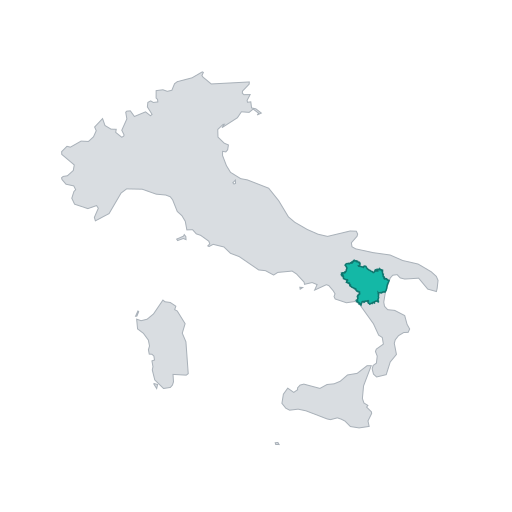 location of Basilicata, Matera, Italy, rotated 347°
{"feature_id": "23120603B59117294159851", "entity_name": "Basilicata", "entity_type": "district", "adm_level": 2, "iso_a3": "ITA", "parent_name": "Italy", "parent_adm1": "Matera", "projection": "natural_earth1", "projection_center": [16.009, 40.517], "detail": "fine", "context": "in_parent", "style": "filled", "palette": "teal", "viewbox_px": 512, "rotation_deg": 347, "n_neighbors": 0, "source": "geoboundaries", "source_scale": "gbopen_adm2", "svg_char_len": 9151}
<svg xmlns="http://www.w3.org/2000/svg" viewBox="0 0 512 512"><g transform="rotate(347 256 256)"><path d="M96.5,106.6L99.6,108.2L111.4,104.7L118.5,106.7L124.5,103.3L128.5,98.0L127.8,94.0L137.4,87.6L138.2,94.9L143.3,99.8L148.3,101.1L147.1,104.0L151.9,110.1L154.0,109.5L154.7,108.4L153.5,103.3L161.0,93.4L161.4,86.6L162.7,85.8L166.2,86.3L168.9,92.7L180.8,90.7L184.7,95.6L186.6,94.6L183.7,86.3L185.2,82.0L188.3,81.2L190.5,83.3L195.0,83.8L195.3,81.3L194.2,79.6L195.9,72.4L202.7,73.1L206.6,75.6L211.3,75.6L215.4,69.8L218.6,68.4L233.8,68.0L245.1,64.5L246.0,65.3L243.9,68.0L244.6,69.8L251.1,78.3L288.6,84.9L288.0,87.0L279.9,92.3L279.3,94.3L280.5,96.1L286.6,97.4L282.3,102.4L282.3,104.3L285.6,104.6L285.0,110.7L289.0,112.6L293.3,117.9L288.9,118.9L290.7,117.5L286.3,112.2L281.6,114.5L274.2,112.2L269.0,117.1L251.7,123.3L254.8,120.5L253.5,120.4L247.2,124.1L245.7,131.6L250.4,138.9L254.1,141.6L252.3,146.1L250.0,147.8L247.0,146.5L246.0,150.6L247.5,161.3L250.0,168.8L258.5,177.2L264.7,179.9L283.6,192.8L290.5,207.1L296.4,225.2L301.4,231.9L311.8,241.6L321.3,248.7L330.1,253.0L353.4,252.8L359.3,254.4L360.0,257.5L358.9,259.5L351.9,264.6L351.6,268.6L354.8,271.5L370.7,279.0L386.9,285.2L397.9,293.4L412.1,300.3L423.2,310.8L427.1,316.4L427.9,320.7L425.3,328.1L423.8,331.2L415.9,326.9L409.5,314.2L395.7,311.9L391.6,309.8L389.3,305.9L384.9,305.5L381.9,307.6L374.3,319.5L370.1,329.7L369.9,333.9L372.2,337.9L378.9,340.2L387.5,347.5L387.8,356.5L389.3,361.7L387.1,364.6L382.7,363.8L376.9,365.7L372.8,369.0L371.1,372.2L370.7,383.5L362.9,389.5L356.2,400.9L346.3,401.0L343.9,397.5L343.8,392.2L345.5,389.0L349.2,387.5L351.6,380.8L350.9,375.9L352.3,373.8L360.3,370.5L360.7,363.8L357.7,360.7L355.2,348.5L345.4,324.9L342.2,322.6L333.6,321.9L323.5,315.7L322.9,313.1L324.5,310.6L323.4,307.2L320.3,301.2L318.1,299.8L305.5,302.4L309.1,297.6L304.7,294.5L296.9,294.5L297.0,292.3L291.5,282.7L287.8,278.8L273.5,276.9L268.9,278.5L261.9,272.4L255.5,270.2L239.5,252.8L231.7,247.6L226.8,240.0L216.9,235.0L212.4,236.2L211.3,235.3L213.7,233.8L213.3,230.9L206.7,223.4L202.8,221.0L200.1,216.1L194.5,215.0L194.9,206.3L192.9,200.1L189.3,194.9L187.4,182.5L185.8,179.0L181.8,176.3L172.7,173.3L160.1,165.3L145.0,161.5L138.7,164.3L122.4,181.6L107.4,185.6L107.2,182.0L113.1,174.0L112.0,171.0L102.8,172.0L90.9,164.7L89.5,158.3L93.1,152.2L95.2,150.8L94.2,146.7L87.0,143.3L84.2,137.9L84.1,136.1L86.0,135.1L90.3,135.4L97.2,131.6L99.4,126.4L89.6,113.3L90.1,110.6L96.5,106.6ZM252.4,180.7L253.0,177.4L249.9,179.4L250.7,180.9L252.4,180.7ZM343.6,388.8L331.6,406.7L327.6,418.8L328.1,423.5L331.4,426.8L329.8,428.1L333.4,433.8L333.3,435.4L328.0,441.9L327.9,447.5L317.8,446.7L309.6,443.4L305.6,436.9L302.4,434.2L298.9,432.0L291.8,432.2L288.7,430.8L269.9,418.1L262.6,414.7L254.1,413.8L250.8,411.0L248.1,405.4L251.6,396.8L257.2,391.9L262.1,397.4L266.5,395.6L266.8,393.9L269.9,391.7L273.8,391.6L288.5,399.4L296.3,397.2L303.4,398.1L309.9,397.0L318.4,392.5L328.2,393.1L339.5,387.9L343.6,388.8ZM166.9,291.9L171.7,306.0L166.8,314.6L168.4,323.9L163.5,355.4L161.2,356.4L148.5,352.7L147.3,360.0L145.6,362.9L143.0,364.8L136.1,364.3L129.5,354.0L129.3,343.7L130.7,340.7L131.0,334.8L133.7,334.5L134.0,330.5L132.5,328.3L129.9,327.6L130.1,323.1L132.0,319.7L132.2,313.7L128.9,306.0L124.2,300.4L125.5,290.7L129.5,293.2L135.7,293.1L143.1,289.4L155.4,278.0L157.0,280.1L162.0,282.0L166.6,286.9L164.7,290.0L166.9,291.9ZM190.9,219.0L192.0,221.3L191.5,224.3L189.1,222.6L183.1,223.3L182.5,221.7L189.9,220.3L190.9,219.0ZM131.2,359.1L129.4,362.8L127.7,357.9L127.9,357.3L131.2,359.1ZM129.2,283.8L126.4,287.8L125.1,287.6L128.6,283.0L129.2,283.8ZM236.1,444.9L232.8,444.1L232.7,442.3L235.4,442.6L236.1,444.9ZM294.4,297.2L291.6,298.3L291.7,296.3L294.4,297.2Z" fill="#d9dde1" stroke="#a8b0b8" stroke-width="1"/><path d="M344.0,322.9L344.1,323.1L344.3,323.0L344.6,323.1L344.8,323.3L344.8,323.5L344.9,324.0L345.0,324.3L345.1,324.5L345.6,324.6L345.5,324.8L345.9,325.0L346.2,325.4L346.3,325.6L346.2,325.7L346.4,325.7L346.5,325.9L346.7,326.3L346.8,326.5L346.6,326.6L346.9,327.0L347.1,327.0L347.3,327.4L347.5,327.1L347.8,326.0L348.4,325.6L348.6,325.2L348.8,325.1L348.9,324.7L349.1,324.7L349.5,324.4L350.0,324.3L350.2,324.6L350.5,324.8L350.6,325.0L350.8,324.7L351.2,324.7L351.4,325.2L351.8,325.0L352.1,324.8L352.2,324.5L352.3,324.5L353.5,324.8L353.8,325.0L354.0,325.1L354.7,324.9L354.7,324.7L355.4,324.8L355.5,325.2L355.3,325.4L355.1,325.5L354.7,326.1L354.8,326.6L355.1,327.0L355.0,327.3L355.6,327.6L355.9,328.4L356.1,328.3L356.9,328.4L357.2,328.1L357.5,328.0L358.0,328.1L358.4,328.0L358.6,328.2L358.8,327.7L359.2,327.5L360.8,328.4L361.0,327.6L360.8,327.3L361.0,327.2L361.4,327.3L362.4,326.9L362.8,327.1L363.6,327.0L364.3,327.8L364.5,327.8L364.6,328.1L364.8,328.3L365.0,328.2L365.1,327.5L364.8,327.3L364.5,326.9L364.7,326.4L365.1,326.2L365.1,325.7L365.4,325.3L365.5,325.1L366.0,324.4L366.1,324.1L366.2,323.9L366.1,323.0L366.1,322.7L366.4,322.4L366.5,321.8L366.8,321.4L366.6,321.2L366.8,320.6L366.6,320.1L366.9,319.8L366.9,319.2L367.3,319.8L367.8,319.5L368.4,319.6L369.1,319.9L369.3,319.7L369.8,319.8L370.1,320.2L370.8,319.8L371.1,319.7L371.4,319.9L371.8,319.6L372.5,319.8L372.8,319.6L373.5,320.2L374.9,318.9L375.3,318.2L376.2,316.7L376.6,315.4L377.6,313.4L379.5,310.8L380.1,309.8L379.8,309.7L379.7,309.5L379.4,309.3L379.1,309.3L378.8,309.0L378.8,308.8L378.6,308.8L378.6,308.6L378.4,308.5L378.3,308.1L378.2,307.6L377.6,307.3L377.5,307.5L377.4,307.4L376.7,307.4L376.8,307.2L376.7,307.1L376.6,307.3L376.4,307.3L376.2,307.2L375.7,306.8L375.7,306.7L376.2,305.9L376.2,305.6L375.8,305.5L375.6,305.1L375.8,304.7L375.3,304.2L375.7,302.9L375.5,302.6L375.9,302.3L375.8,302.2L375.5,301.7L375.4,301.1L375.9,299.1L375.5,299.1L375.0,298.5L375.2,298.2L375.4,298.4L375.8,298.1L374.3,297.2L374.0,296.8L374.0,297.3L373.7,297.3L373.6,297.2L373.4,297.1L373.5,297.0L373.4,296.9L373.3,297.0L373.2,296.9L373.3,296.7L373.1,296.6L373.0,296.8L373.0,296.6L372.0,296.7L371.8,296.6L371.7,296.3L371.4,296.3L371.4,296.5L371.2,296.4L371.2,296.6L371.5,297.1L371.3,297.3L371.3,297.0L371.2,297.0L371.2,297.3L371.1,297.2L370.9,296.6L370.5,296.5L370.3,296.7L370.1,297.0L370.4,297.1L370.2,297.4L370.5,297.5L370.3,297.7L369.9,297.3L369.7,297.4L369.7,297.2L369.9,297.1L369.9,296.9L369.7,296.8L369.4,296.7L369.6,296.6L369.2,296.3L368.6,297.2L367.6,298.2L367.3,298.3L367.0,298.6L366.4,298.5L366.2,298.3L365.9,297.5L365.7,297.3L364.7,296.8L363.8,295.6L362.7,294.9L362.4,294.4L362.0,294.1L361.9,293.7L361.6,293.5L361.5,293.2L361.3,292.9L361.1,292.1L360.9,291.6L360.8,290.9L360.4,290.6L359.3,290.2L359.2,290.3L358.8,290.3L358.5,290.6L358.4,291.0L358.0,291.3L357.2,290.5L356.2,290.2L355.8,289.8L353.8,289.1L353.6,288.6L354.0,288.6L354.7,288.6L354.9,288.3L355.3,287.9L355.4,287.6L355.3,286.9L355.3,286.6L355.7,286.5L355.7,286.2L355.3,285.9L355.2,285.6L354.7,285.4L354.4,285.5L354.5,285.4L354.4,285.4L353.9,284.5L354.0,284.4L354.0,284.2L353.8,284.1L353.1,284.1L353.3,283.8L353.1,283.4L352.6,283.3L352.5,283.5L352.3,283.4L352.1,283.4L351.6,282.9L351.3,283.0L350.9,282.4L350.8,282.5L350.7,282.4L350.5,282.7L350.1,282.6L349.9,283.0L349.7,282.9L349.7,282.7L349.5,282.8L349.4,283.2L349.2,283.1L348.8,283.4L348.5,283.4L348.7,283.7L348.5,284.2L348.3,284.3L348.2,284.2L347.7,284.5L347.4,284.3L347.4,284.1L347.2,284.1L347.2,283.9L346.9,283.9L346.5,283.9L346.4,284.2L345.4,284.4L345.1,284.4L344.9,284.2L344.8,284.4L344.6,284.2L344.1,284.2L343.8,284.1L343.6,284.0L343.2,283.9L342.9,284.0L342.7,283.9L342.6,284.0L342.1,284.0L341.5,284.3L341.3,284.7L340.9,284.9L341.1,285.1L341.0,285.3L341.0,285.5L341.3,286.1L341.6,286.4L341.5,286.7L341.5,286.9L341.7,287.1L341.7,287.3L341.9,287.6L341.8,287.9L341.7,288.7L341.0,289.5L340.9,289.9L340.9,290.0L340.6,290.9L340.2,291.1L338.8,291.6L338.8,292.0L339.0,292.2L338.6,292.4L338.4,292.4L338.1,292.1L337.7,292.1L336.9,291.9L336.8,292.1L336.6,292.0L336.1,291.9L335.5,291.9L335.5,292.3L335.8,292.3L336.2,292.4L336.0,292.7L336.1,292.8L336.1,293.6L335.7,293.5L334.9,293.6L335.0,293.9L335.6,294.1L335.8,294.5L336.2,294.5L336.0,294.8L335.8,295.0L336.1,295.1L336.4,295.0L336.5,295.1L336.2,295.6L336.4,296.0L336.5,296.1L336.3,296.3L336.2,296.7L336.3,297.4L336.2,297.7L336.6,298.0L336.9,298.0L337.1,298.2L337.6,298.9L338.3,299.1L338.5,299.4L338.8,299.6L339.4,299.6L339.5,300.0L339.8,300.0L339.8,300.3L339.4,300.6L338.8,300.9L338.7,301.3L338.5,301.5L338.2,302.0L338.7,302.2L339.0,302.6L339.3,302.5L339.5,302.8L340.0,302.9L340.2,303.1L340.1,303.3L340.3,303.4L340.7,303.3L340.9,303.5L340.5,303.9L340.6,304.0L340.8,304.3L340.8,304.5L341.1,304.9L340.9,304.9L340.9,305.2L341.2,305.7L340.8,306.0L340.9,306.3L342.0,307.2L342.0,307.5L342.4,308.0L344.1,309.2L344.5,310.0L344.8,309.8L345.7,310.3L345.8,310.5L345.9,310.9L345.7,311.1L345.8,311.9L346.2,312.5L346.5,312.6L346.4,312.9L346.9,313.4L347.5,313.5L347.6,313.8L347.9,313.7L348.3,313.8L348.8,314.4L348.6,314.6L348.6,315.0L348.3,315.5L348.2,315.8L348.3,316.0L348.5,316.2L348.4,316.3L348.3,316.5L347.8,316.5L347.2,316.9L347.1,317.1L346.8,317.0L346.5,317.1L346.6,317.3L346.4,317.5L346.5,317.6L346.0,317.9L346.1,318.0L346.1,318.3L345.6,318.7L345.9,319.4L345.7,320.0L345.8,320.2L344.9,321.4L344.2,321.6L344.8,321.9L344.9,322.2L344.9,322.5L344.0,322.9ZM373.2,296.5L373.5,296.7L373.2,296.5Z" fill="#14b8a6" stroke="#0f766e" stroke-width="1.5"/></g></svg>